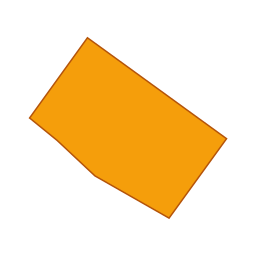 the district of Rupea, Brasov, Romania, rotated 79°
{"feature_id": "2599482B16674200014647", "entity_name": "Rupea", "entity_type": "district", "adm_level": 2, "iso_a3": "ROU", "parent_name": "Romania", "parent_adm1": "Brasov", "projection": "mercator", "projection_center": [25.268, 46.022], "detail": "fine", "context": "isolated", "style": "filled", "palette": "amber", "viewbox_px": 256, "rotation_deg": 79, "n_neighbors": 0, "source": "geoboundaries", "source_scale": "gbopen_adm2", "svg_char_len": 251}
<svg xmlns="http://www.w3.org/2000/svg" viewBox="0 0 256 256"><g transform="rotate(79 128 128)"><path d="M126.6,200.0L168.7,169.6L224.3,104.9L157.3,33.3L31.7,150.6L99.4,222.7L126.6,200.0Z" fill="#f59e0b" stroke="#b45309" stroke-width="1.5"/></g></svg>